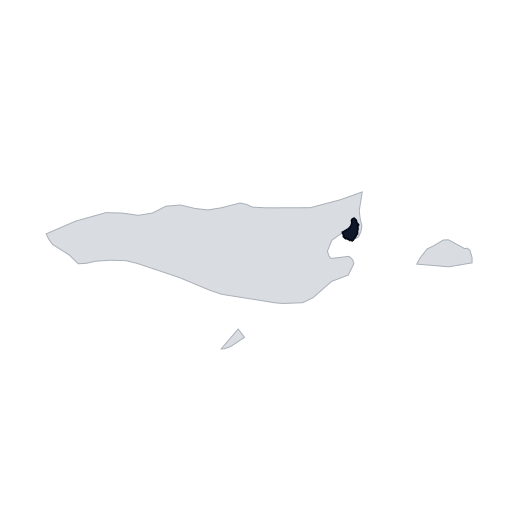 location of Fatumean, Cova Lima, East Timor, rotated 202°
{"feature_id": "22284137B11881161065747", "entity_name": "Fatumean", "entity_type": "district", "adm_level": 2, "iso_a3": "TLS", "parent_name": "East Timor", "parent_adm1": "Cova Lima", "projection": "natural_earth1", "projection_center": [125.027, -9.247], "detail": "fine", "context": "in_parent", "style": "filled", "palette": "ink", "viewbox_px": 512, "rotation_deg": 202, "n_neighbors": 0, "source": "geoboundaries", "source_scale": "gbopen_adm2", "svg_char_len": 4293}
<svg xmlns="http://www.w3.org/2000/svg" viewBox="0 0 512 512"><g transform="rotate(202 256 256)"><path d="M181.5,355.2L177.2,336.4L172.6,328.3L169.1,323.7L167.9,318.0L168.1,312.1L170.2,309.4L185.5,308.6L191.6,299.0L191.6,287.3L188.5,283.4L185.5,281.8L169.7,290.5L165.1,288.9L162.4,285.7L163.3,272.9L176.4,260.8L187.4,238.9L195.2,230.2L213.2,222.1L220.5,219.8L273.1,207.7L285.7,206.9L319.0,207.3L363.6,204.6L374.7,203.0L389.0,197.7L402.8,191.1L410.2,185.9L417.9,182.2L429.3,186.9L448.8,190.5L454.0,193.6L458.9,197.9L436.2,220.9L411.4,240.0L396.1,245.7L380.3,249.6L368.2,257.0L358.1,268.5L345.1,275.0L330.4,277.2L317.9,280.7L306.5,287.5L290.7,299.1L284.3,300.3L277.6,300.0L264.5,304.5L223.8,321.1L199.2,339.5L181.5,355.2ZM53.1,330.6L73.2,318.2L103.9,308.7L103.1,315.7L100.0,326.6L95.3,331.8L88.3,341.0L83.7,343.1L65.3,341.0L63.0,342.4L59.8,341.4L55.1,335.5L53.1,330.6ZM253.5,156.8L245.2,181.6L236.2,176.3L245.7,162.4L250.4,158.2L253.5,156.8Z" fill="#d9dde1" stroke="#a8b0b8" stroke-width="1"/><path d="M184.9,310.4L184.8,310.2L184.7,310.1L184.6,309.8L184.4,309.6L184.3,309.4L183.8,309.2L183.7,309.1L183.5,308.9L183.4,308.8L183.2,308.7L182.9,308.5L182.8,308.4L182.9,308.2L182.7,307.9L182.6,307.7L182.5,307.4L182.4,307.3L182.3,307.2L182.3,306.6L182.2,306.6L181.9,306.5L181.6,306.6L181.4,306.4L181.2,306.4L181.1,306.2L180.9,306.2L180.7,306.2L180.3,306.1L180.2,306.0L180.0,305.9L180.0,305.7L179.8,305.7L179.7,305.7L179.4,305.7L179.4,305.8L179.2,305.7L179.2,305.8L179.1,306.0L178.9,306.0L178.7,306.1L178.4,306.1L178.3,306.3L178.2,306.4L177.8,306.3L177.7,306.3L177.4,306.4L177.4,306.1L177.2,306.1L177.2,305.9L176.8,305.8L176.5,305.7L176.3,305.8L176.3,306.0L176.0,306.0L175.8,305.9L175.7,305.9L175.4,305.8L175.2,305.8L174.8,305.8L174.7,305.7L174.6,306.0L174.5,306.3L174.4,306.4L174.1,306.5L173.7,306.4L173.4,306.2L173.2,306.1L173.0,306.4L172.8,306.3L172.7,306.3L172.5,306.2L172.4,306.1L172.3,306.3L172.2,306.6L172.0,306.8L171.8,307.0L171.7,307.4L171.7,307.5L171.5,308.0L171.5,308.3L171.6,308.6L171.6,308.8L171.6,309.0L171.5,309.3L171.4,309.3L171.3,309.5L171.1,309.8L171.0,310.0L170.9,310.1L170.9,310.4L170.9,310.7L170.9,311.0L170.7,311.6L170.7,311.9L170.7,312.1L170.7,312.5L170.6,312.8L170.6,313.0L170.7,313.3L170.6,313.6L170.7,313.8L170.7,314.0L170.6,314.3L170.4,314.4L170.3,314.5L170.2,314.4L170.1,314.5L170.3,314.7L170.3,314.8L170.5,315.0L170.8,315.2L170.8,315.3L170.8,315.5L170.8,315.8L170.8,316.0L170.7,316.1L170.9,316.3L171.0,316.5L171.2,316.9L171.1,317.0L171.1,317.3L171.1,317.5L171.3,317.7L171.4,318.0L171.5,318.0L171.5,318.3L171.5,318.5L171.4,318.9L171.5,319.0L171.6,319.3L171.6,319.6L171.7,319.9L171.7,320.0L171.8,320.1L172.0,320.3L172.2,320.5L172.3,320.7L172.4,320.8L172.5,321.1L172.6,321.3L172.7,321.6L172.8,321.6L172.7,321.7L172.8,321.8L172.7,321.9L172.7,322.0L172.6,322.3L172.5,322.5L172.4,322.8L172.4,323.0L172.5,323.4L172.5,323.5L172.8,323.7L172.9,323.8L173.0,323.7L173.4,323.6L173.8,323.7L173.9,323.9L174.0,324.0L174.3,324.5L174.5,324.5L174.9,324.7L175.0,324.8L175.2,325.0L175.4,325.1L175.5,325.4L175.8,325.7L175.8,325.9L175.8,326.1L175.9,326.3L176.2,326.5L176.4,326.6L176.5,326.8L176.7,327.0L177.2,327.1L177.5,327.2L177.7,327.3L177.8,327.4L178.0,327.5L178.3,327.6L178.6,327.7L178.7,327.8L178.8,327.9L178.9,328.0L179.0,328.0L179.2,327.8L179.4,327.7L179.5,327.5L179.7,327.3L179.9,327.3L180.0,327.2L180.3,326.8L180.5,326.6L180.7,326.3L180.7,326.2L180.8,325.8L180.8,325.7L180.8,325.1L180.8,324.6L180.7,324.5L180.7,324.3L180.6,324.2L180.3,324.0L180.2,323.9L180.1,323.7L180.0,323.3L180.0,323.1L179.9,323.0L179.7,322.8L179.7,322.7L179.6,322.4L179.5,322.0L179.4,321.4L179.5,321.2L179.5,320.9L179.4,320.8L179.3,320.7L179.2,320.6L179.4,320.2L179.3,319.9L179.3,319.7L179.5,319.2L179.5,318.9L179.8,318.4L179.7,318.1L179.7,317.9L179.6,317.7L179.7,317.4L179.8,317.2L179.8,316.9L180.0,316.9L180.0,316.7L180.3,316.5L180.2,316.4L180.3,316.2L180.5,315.8L180.6,315.6L180.8,315.5L181.0,315.3L181.1,315.2L181.3,315.0L181.4,314.9L181.5,314.7L181.8,314.5L181.9,314.3L181.9,314.1L182.1,314.0L182.1,313.8L182.1,313.7L182.3,313.5L182.4,313.4L182.4,313.2L182.5,313.1L182.8,313.0L182.8,312.8L183.0,312.6L183.1,312.4L183.3,312.3L183.3,312.2L183.5,312.1L183.6,311.9L183.7,311.7L184.1,311.2L184.3,311.2L184.5,311.0L184.6,310.9L184.7,310.5L184.9,310.4Z" fill="#0f172a" stroke="#020617" stroke-width="1.5"/></g></svg>